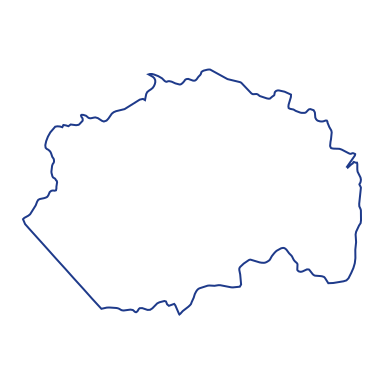 the Region of Cuyuni-Mazaruni
{"feature_id": "GUY-676", "entity_name": "Cuyuni-Mazaruni", "entity_type": "Region", "adm_level": 1, "iso_a3": "GUY", "parent_name": "Guyana", "parent_adm1": "", "projection": "albers", "projection_center": [-59.812, 6.174], "detail": "fine", "context": "isolated", "style": "outline", "palette": "blue", "viewbox_px": 384, "rotation_deg": 0, "n_neighbors": 0, "source": "natural_earth", "source_scale": "10m", "svg_char_len": 4631}
<svg xmlns="http://www.w3.org/2000/svg" viewBox="0 0 384 384"><path d="M168.9,305.8L167.1,304.3L166.0,301.5L164.4,301.0L159.4,302.3L157.2,303.4L152.4,308.3L150.1,309.8L147.5,309.9L142.2,308.1L139.7,308.2L138.8,309.0L137.4,311.3L136.2,312.2L135.4,312.1L134.5,311.5L133.7,310.7L132.8,310.0L130.4,309.6L123.7,310.5L122.0,310.3L120.6,309.7L119.4,308.9L117.9,308.3L116.5,308.0L109.4,307.5L106.8,307.6L101.4,308.8L92.2,298.8L83.2,288.7L74.1,278.7L65.1,268.6L56.0,258.6L47.0,248.5L37.9,238.4L28.9,228.4L25.1,224.1L23.0,219.2L24.3,217.9L28.3,215.7L30.1,214.3L35.7,205.4L37.2,201.5L38.3,199.8L39.9,199.0L43.9,198.2L45.8,197.6L47.3,196.8L48.4,195.2L49.7,192.1L51.3,190.8L52.9,190.5L54.7,190.7L56.0,190.3L56.4,188.4L56.4,186.8L57.1,182.2L56.8,181.0L56.5,180.6L56.1,180.4L55.7,179.6L55.1,178.7L53.0,177.4L52.4,176.3L51.5,172.9L51.4,171.6L52.1,165.8L52.7,164.1L53.7,162.7L54.0,161.7L54.0,160.7L53.9,159.7L53.6,158.7L52.3,156.9L51.1,153.3L50.2,151.5L48.4,149.8L46.7,148.9L45.6,147.7L45.3,145.2L46.2,141.1L47.9,136.7L50.3,132.4L54.0,128.1L55.2,126.7L57.4,126.3L60.0,126.5L62.3,127.2L63.4,125.0L65.9,125.4L68.4,126.2L70.7,124.5L76.1,125.2L78.6,124.8L79.2,124.4L82.5,120.9L82.7,120.4L82.7,119.4L82.5,118.3L81.3,116.6L81.0,115.3L81.7,114.8L83.3,114.9L85.9,115.7L86.7,116.3L87.6,117.1L88.6,117.9L90.1,118.3L91.2,118.2L93.9,117.6L95.3,117.4L97.8,118.1L102.1,120.9L103.9,121.5L106.5,120.6L108.4,118.6L111.8,113.7L113.7,112.2L116.0,111.2L124.6,109.1L139.8,99.6L143.0,98.9L145.0,100.1L146.2,94.1L147.2,92.1L149.0,90.6L151.0,89.3L152.7,87.9L153.9,86.2L154.8,84.2L155.3,82.1L155.2,80.1L154.3,78.2L152.8,76.8L148.6,74.4L149.9,74.0L152.0,74.0L154.0,74.5L158.2,76.1L162.0,78.3L164.7,81.0L165.7,81.6L166.6,81.8L168.2,81.2L169.5,81.2L171.7,81.7L175.4,83.4L179.6,84.5L180.5,84.4L181.2,84.1L182.0,83.5L182.9,82.7L183.6,81.9L184.3,81.1L184.7,80.4L185.3,79.7L186.4,79.1L188.2,78.9L193.0,80.6L194.1,80.7L195.1,80.5L196.0,79.9L196.7,79.2L197.9,77.5L198.5,76.7L200.1,75.1L200.7,74.3L201.2,72.8L201.4,72.1L202.3,71.3L203.7,70.6L207.3,69.7L209.0,69.5L210.2,69.6L227.5,79.1L239.9,82.1L240.7,82.4L241.5,83.0L251.3,93.3L252.0,93.8L253.0,94.2L256.4,94.0L257.2,94.2L258.0,94.6L259.7,96.0L266.9,98.4L268.6,98.7L269.9,98.6L272.4,96.5L273.9,95.5L274.3,95.0L274.7,92.8L274.9,92.1L275.4,91.6L276.0,91.0L277.3,90.5L278.2,90.4L279.2,90.5L284.6,91.7L291.0,94.6L290.9,97.0L288.6,104.7L288.4,106.7L288.7,108.1L289.6,108.6L290.4,108.9L293.4,109.5L294.0,109.8L295.4,110.7L296.0,111.0L300.3,112.6L301.8,112.9L303.3,112.9L304.1,112.9L304.8,112.8L305.5,112.6L306.1,112.2L308.3,109.9L309.1,109.3L310.4,109.1L313.6,110.2L314.7,112.1L314.9,112.7L315.3,117.6L316.1,119.2L317.0,120.2L318.0,120.8L320.2,121.4L322.0,121.5L322.7,121.4L323.4,121.3L324.8,120.8L325.8,120.5L326.8,120.6L327.4,121.6L327.5,122.6L329.3,127.0L331.3,130.5L331.7,132.4L331.0,139.2L330.5,141.8L330.1,146.0L330.6,147.3L331.1,148.1L331.8,148.3L333.3,148.6L339.3,148.8L340.6,149.2L341.9,149.7L349.0,153.4L350.1,153.8L351.0,153.8L351.6,153.5L352.5,153.2L353.1,153.2L355.0,153.9L355.2,154.1L354.9,155.5L347.0,166.8L347.5,167.1L347.8,167.6L351.5,164.2L352.7,163.5L353.0,163.0L353.3,162.3L353.8,161.9L355.4,162.6L356.5,162.7L357.0,162.7L357.3,164.0L357.3,169.4L357.6,171.7L360.5,177.5L360.9,179.6L360.8,180.7L360.6,181.8L360.3,182.8L359.7,183.6L359.4,184.5L359.9,185.5L360.5,186.6L360.9,187.7L359.2,203.8L359.3,206.3L360.6,209.2L360.9,210.4L361.0,220.3L360.6,223.2L359.1,225.4L356.1,231.8L355.6,234.5L356.1,242.1L355.3,249.8L355.4,258.1L354.8,263.2L353.4,268.0L351.2,273.0L348.5,278.3L346.4,280.4L343.5,281.3L333.2,283.0L328.3,283.2L325.2,278.3L324.6,277.5L323.9,276.9L323.0,276.6L322.1,276.3L320.8,276.1L315.5,275.7L314.5,275.5L313.7,275.0L312.8,274.3L309.6,270.2L309.1,269.6L308.1,269.4L306.9,269.4L302.6,271.4L301.5,271.7L300.4,271.8L298.8,271.4L297.9,270.7L297.3,269.9L297.3,269.1L297.5,264.5L297.3,263.7L296.7,262.9L295.1,261.5L294.3,260.6L293.7,259.8L292.0,256.4L291.4,255.6L289.1,253.3L286.6,249.9L285.8,249.1L284.9,248.4L284.0,248.0L283.1,247.9L281.9,248.1L280.9,248.4L276.6,250.8L275.4,251.9L274.1,253.3L271.8,256.2L270.2,259.1L269.6,260.0L268.5,260.9L266.5,262.1L265.2,262.6L264.1,262.8L263.3,262.8L261.5,262.7L259.7,262.4L250.7,259.7L250.0,259.7L249.5,259.8L248.8,260.1L243.7,263.6L240.3,266.8L239.7,267.6L239.3,268.7L239.3,270.0L240.2,274.5L241.1,284.5L239.8,286.7L232.9,287.4L231.1,287.3L220.2,285.2L218.3,285.2L214.5,285.8L209.3,285.5L208.4,285.6L207.6,285.7L199.8,288.2L198.5,288.8L197.3,289.9L196.2,291.4L194.8,294.1L193.7,297.7L191.6,302.3L191.0,304.0L190.0,305.2L188.4,306.7L182.7,311.1L180.4,313.7L179.4,314.5L179.1,314.1L175.3,305.3L174.2,303.9L168.9,305.8Z" fill="none" stroke="#1e3a8a" stroke-width="2"/></svg>